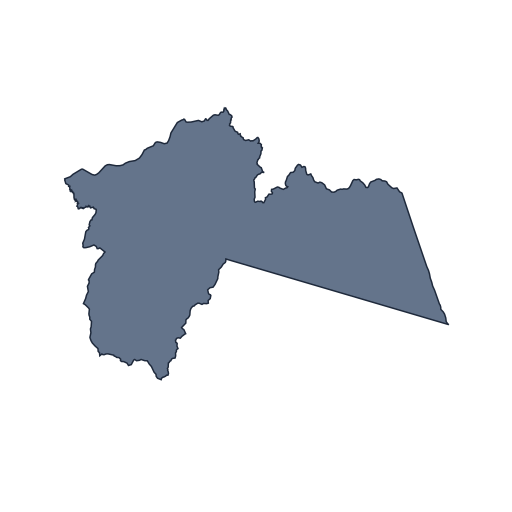 the district of Ituango, Antioquia, Colombia, rotated 191°
{"feature_id": "7082276B28262525732127", "entity_name": "Ituango", "entity_type": "district", "adm_level": 2, "iso_a3": "COL", "parent_name": "Colombia", "parent_adm1": "Antioquia", "projection": "robinson", "projection_center": [-75.707, 7.329], "detail": "fine", "context": "isolated", "style": "filled", "palette": "slate", "viewbox_px": 512, "rotation_deg": 191, "n_neighbors": 0, "source": "geoboundaries", "source_scale": "gbopen_adm2", "svg_char_len": 6154}
<svg xmlns="http://www.w3.org/2000/svg" viewBox="0 0 512 512"><g transform="rotate(191 256 256)"><path d="M390.3,128.3L388.6,130.4L387.6,130.0L386.3,130.1L384.6,131.2L382.7,131.7L376.7,131.5L376.2,130.8L374.5,130.5L373.6,129.9L371.0,130.1L369.2,128.9L369.1,127.5L368.0,126.8L365.6,127.1L362.1,126.2L360.3,124.2L357.7,125.6L356.2,130.5L355.3,131.3L353.3,130.4L350.4,131.4L349.1,132.5L345.1,132.0L342.7,132.4L340.2,129.6L337.6,127.6L333.8,122.4L331.6,120.8L331.0,118.8L329.3,117.2L325.5,116.5L325.4,118.0L324.1,119.4L323.5,119.5L321.7,120.9L321.1,121.9L319.7,122.2L319.5,124.0L320.3,126.1L320.9,126.7L320.8,127.6L321.5,128.7L321.0,130.2L321.6,134.3L321.1,134.7L320.3,136.5L319.7,136.8L319.1,138.7L318.5,139.5L316.0,140.4L315.8,142.6L316.5,145.6L315.9,146.9L316.2,148.3L315.8,149.3L314.9,150.2L316.4,152.5L316.7,155.1L317.5,155.8L318.2,155.8L319.0,158.0L318.6,158.4L318.4,159.7L317.7,160.4L316.7,160.9L314.6,160.9L313.4,163.0L311.0,165.7L310.2,166.3L312.7,169.9L314.6,170.8L315.4,171.6L312.1,176.7L312.6,179.8L312.1,180.9L310.7,182.4L310.1,183.9L309.7,185.4L310.2,189.6L309.9,192.0L308.6,194.5L307.1,195.2L306.4,196.5L304.1,198.6L302.7,198.8L299.8,198.2L298.4,199.4L295.3,199.8L293.8,200.6L294.5,203.2L292.8,205.4L292.8,208.6L293.3,209.2L294.7,209.5L295.5,210.2L297.0,213.6L295.1,216.1L292.2,217.2L290.8,220.3L289.2,226.5L289.5,228.2L289.4,233.1L290.1,235.4L287.9,238.6L286.7,241.8L284.9,243.8L284.7,245.2L285.0,247.3L53.6,225.4L55.0,226.1L56.8,227.9L57.9,231.4L59.8,234.9L61.5,236.8L64.4,238.9L64.9,241.0L65.8,242.9L66.7,243.7L74.2,256.5L76.9,260.3L78.5,263.8L80.7,267.5L82.3,271.6L83.9,274.7L86.3,278.1L107.2,314.5L124.5,345.2L124.9,345.7L127.3,346.4L130.6,349.7L133.8,348.5L135.5,348.8L140.2,351.6L142.0,353.8L143.8,354.2L146.5,353.9L148.1,354.9L150.1,355.1L152.5,354.2L153.5,353.0L157.5,350.5L158.3,348.7L158.9,345.3L159.5,344.5L161.2,344.3L162.8,346.4L165.2,348.3L168.0,349.6L168.9,350.7L170.1,350.8L172.1,349.9L174.3,349.8L175.3,348.5L176.7,342.9L177.4,341.0L178.4,339.7L179.6,339.0L182.7,338.6L184.2,337.9L185.8,337.8L188.9,336.1L189.9,334.7L191.6,333.5L194.0,333.2L196.5,334.9L199.7,335.4L202.2,338.9L205.4,340.5L207.4,340.7L208.6,339.7L209.3,339.5L212.5,340.1L213.8,341.4L215.1,343.8L216.8,345.4L217.9,347.0L220.1,345.6L221.1,345.6L221.8,346.0L223.5,349.4L224.1,351.7L224.9,352.9L226.1,353.0L227.8,351.8L229.7,353.8L231.7,354.0L232.6,353.1L233.7,350.7L234.2,349.6L234.2,347.3L235.1,345.8L235.5,345.3L238.0,344.5L239.1,341.8L240.3,340.0L240.7,336.2L241.2,334.2L241.0,332.6L240.2,331.0L239.3,330.3L238.0,330.0L238.7,328.8L239.8,328.4L241.9,326.6L245.7,327.3L246.6,327.8L248.2,327.8L251.9,324.9L253.4,324.4L253.3,322.5L251.9,321.2L251.9,320.2L253.0,319.5L255.1,319.2L256.4,316.1L257.9,315.0L257.4,313.5L258.5,309.8L259.7,309.7L260.3,310.4L261.6,310.9L262.2,310.3L264.8,310.1L266.8,308.6L267.4,308.7L268.0,309.4L268.6,311.4L268.2,313.5L269.5,318.7L269.5,321.6L270.5,322.5L271.9,328.5L272.4,329.2L272.7,330.3L272.1,331.4L271.9,332.6L271.2,333.1L270.1,335.8L269.0,336.8L267.8,337.3L266.4,339.3L263.9,339.5L265.6,340.2L267.7,343.7L268.8,344.0L272.4,346.3L272.4,347.0L272.9,347.6L272.6,350.9L272.1,351.2L272.0,352.1L271.1,353.1L271.4,353.8L270.7,357.3L271.1,360.0L270.4,360.9L270.4,363.4L271.3,363.5L271.3,364.1L271.9,364.9L272.0,366.4L273.6,367.4L275.4,367.1L274.8,368.9L275.0,370.3L275.8,371.9L276.8,372.7L277.4,372.5L278.6,370.7L281.0,368.4L281.9,368.4L283.2,367.8L285.3,368.7L288.2,367.4L290.1,367.8L290.7,368.3L291.1,369.5L293.9,370.6L294.0,371.4L294.8,372.1L294.9,372.9L296.2,372.2L296.9,372.4L297.7,374.0L300.0,374.4L300.7,374.9L303.0,377.6L303.1,378.3L303.8,378.7L305.7,378.5L306.9,379.0L306.8,379.8L307.1,380.5L306.4,381.9L306.8,384.6L306.3,384.9L306.6,385.4L306.5,387.2L306.0,387.8L306.7,389.1L308.4,389.9L309.3,389.9L311.4,392.8L313.1,394.1L313.8,395.4L314.2,395.5L314.8,394.6L315.3,395.0L315.5,393.0L315.1,392.4L315.9,390.8L317.6,390.6L318.2,390.0L319.0,387.8L319.9,386.9L323.2,386.8L324.7,386.1L328.1,381.8L328.9,380.0L329.9,379.8L330.9,380.9L331.7,381.0L332.6,378.6L334.8,377.4L338.4,378.1L345.3,375.1L349.0,374.2L350.3,374.3L352.2,376.5L353.0,376.6L353.5,375.9L354.8,375.3L358.7,372.0L363.0,360.5L363.1,356.8L363.8,352.6L364.8,349.9L367.5,348.7L371.4,349.3L374.5,349.2L375.8,348.7L376.6,347.8L377.8,344.6L383.3,341.0L384.4,339.6L385.8,338.7L387.2,333.9L389.1,329.9L392.8,326.6L398.4,324.5L401.9,322.2L404.0,320.0L406.8,318.7L410.4,317.9L417.4,317.8L419.4,317.2L421.3,315.6L426.2,307.6L428.0,305.7L429.7,304.6L432.4,304.7L442.7,308.2L443.9,307.9L451.2,301.3L453.4,298.4L458.4,295.3L458.1,294.9L458.3,294.2L456.5,290.8L453.5,289.9L453.0,289.2L453.1,288.7L452.1,288.8L452.3,288.3L451.4,286.4L451.5,285.9L450.9,285.7L450.9,284.4L450.6,284.3L449.8,285.2L449.7,284.1L448.7,284.6L448.2,284.2L448.3,283.5L447.1,283.1L447.1,282.4L446.6,282.3L445.8,278.6L445.0,276.8L444.7,276.7L444.0,277.2L444.0,276.3L443.5,276.5L443.5,275.8L442.9,276.6L442.4,276.1L442.3,275.3L441.3,275.1L441.1,274.1L440.5,273.9L441.3,273.2L440.8,272.7L441.3,270.8L440.9,270.8L440.0,269.7L439.6,268.5L439.0,268.4L437.9,269.2L437.7,270.0L437.0,270.4L436.5,270.0L435.4,270.3L435.5,269.7L434.5,269.6L433.3,271.0L432.1,271.7L432.2,272.3L431.3,272.1L430.6,272.6L430.3,272.2L429.8,273.3L429.5,272.8L428.8,273.2L428.6,272.5L427.9,272.3L427.6,271.7L425.0,272.9L424.0,271.6L423.5,271.8L423.1,271.4L421.9,271.3L421.5,270.6L421.6,269.6L421.3,268.4L421.8,266.3L423.9,262.5L424.0,260.1L424.8,259.9L425.6,258.0L425.7,254.7L424.8,253.9L425.9,252.0L425.4,251.4L425.4,250.1L426.9,248.9L427.7,247.3L427.6,239.8L428.5,235.5L427.8,233.6L427.7,232.0L426.6,231.3L424.7,231.7L420.9,233.4L417.2,235.9L414.6,234.9L413.3,232.9L412.2,233.1L410.9,234.1L410.3,233.9L405.0,231.1L406.1,229.3L406.6,227.2L410.1,222.0L410.5,220.5L411.8,218.2L411.9,216.9L411.5,214.5L411.9,212.0L411.6,209.3L413.9,207.1L415.9,200.9L415.9,200.5L415.1,199.9L414.7,197.6L415.7,194.1L413.8,189.1L414.9,185.2L415.1,181.8L416.3,176.3L414.3,175.6L410.4,173.0L409.4,172.0L409.0,167.4L408.6,166.1L407.5,164.3L407.1,162.2L405.0,160.5L404.3,155.0L404.6,152.8L403.4,149.1L403.5,144.5L403.2,143.8L401.8,141.4L400.0,139.3L396.6,136.8L393.5,135.0L392.7,132.2L391.2,131.2L390.3,128.3Z" fill="#64748b" stroke="#1e293b" stroke-width="1.5"/></g></svg>